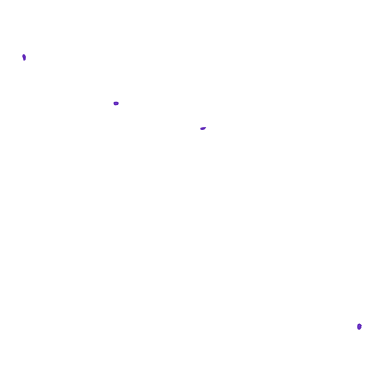 an SVG outline of Austral Islands
{"feature_id": "PYF-4966", "entity_name": "Austral Islands", "entity_type": "state/province", "adm_level": 1, "iso_a3": "PYF", "parent_name": "French Polynesia", "parent_adm1": "", "projection": "orthographic", "projection_center": [-147.882, -25.032], "detail": "fine", "context": "isolated", "style": "filled", "palette": "violet", "viewbox_px": 384, "rotation_deg": 0, "n_neighbors": 0, "source": "natural_earth", "source_scale": "10m", "svg_char_len": 755}
<svg xmlns="http://www.w3.org/2000/svg" viewBox="0 0 384 384"><path d="M361.0,325.8L360.7,326.0L360.1,326.6L360.0,326.8L360.1,327.9L360.3,327.9L359.9,328.5L359.5,328.9L359.0,329.0L358.3,328.6L358.0,327.6L358.0,326.0L358.4,324.7L359.4,324.3L360.3,324.9L360.7,325.3L361.0,325.8ZM116.4,102.4L117.7,102.7L117.9,103.6L117.4,104.3L115.2,104.6L114.7,104.3L114.4,103.8L114.3,102.9L114.5,102.6L115.1,102.5L116.4,102.4ZM23.5,55.0L24.0,55.0L24.5,55.6L24.9,56.3L25.1,56.8L25.0,58.1L24.8,59.5L24.5,59.7L24.4,59.8L24.1,59.8L23.9,58.5L23.4,57.2L23.0,56.1L23.5,55.0ZM201.1,128.9L201.1,128.5L202.0,128.2L202.9,128.0L204.8,127.9L204.6,128.2L204.4,128.5L204.1,128.7L203.8,128.9L202.4,129.2L201.7,129.2L201.1,128.9Z" fill="#8b5cf6" stroke="#5b21b6" stroke-width="1.5"/></svg>